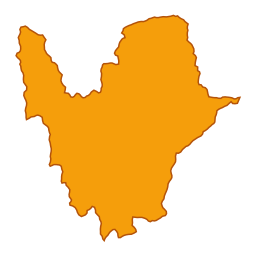 Antônio Dias, Minas Gerais, Brazil
{"feature_id": "56859067B34077113992648", "entity_name": "Antônio Dias", "entity_type": "district", "adm_level": 2, "iso_a3": "BRA", "parent_name": "Brazil", "parent_adm1": "Minas Gerais", "projection": "robinson", "projection_center": [-42.887, -19.578], "detail": "fine", "context": "isolated", "style": "filled", "palette": "amber", "viewbox_px": 256, "rotation_deg": 0, "n_neighbors": 0, "source": "geoboundaries", "source_scale": "gbopen_adm2", "svg_char_len": 4610}
<svg xmlns="http://www.w3.org/2000/svg" viewBox="0 0 256 256"><path d="M239.9,97.4L237.8,97.7L236.0,98.8L234.2,98.9L231.9,97.8L229.0,97.3L226.9,97.1L225.1,96.9L222.7,97.1L220.9,98.3L218.7,98.3L216.5,97.7L214.7,97.7L212.8,97.5L210.5,97.1L208.9,96.8L208.0,94.3L207.5,91.7L207.0,89.5L205.3,87.7L202.7,87.0L201.1,84.8L199.0,84.6L198.2,82.3L198.4,79.7L198.9,76.5L200.0,73.6L199.5,71.8L197.6,70.6L197.7,67.0L195.0,65.6L195.3,62.5L195.8,59.9L196.4,57.6L195.4,55.6L193.2,53.6L194.0,51.5L193.8,48.8L192.7,46.5L191.8,44.7L190.6,43.4L188.6,41.8L187.0,40.1L187.7,37.6L187.3,35.3L187.3,32.7L187.9,30.2L187.3,28.4L187.4,26.4L188.1,24.0L186.3,22.6L184.9,21.5L183.6,19.8L181.0,18.6L178.9,17.2L177.6,15.9L175.6,16.4L173.4,15.4L170.9,16.2L168.3,16.6L166.5,16.9L163.2,16.7L160.6,17.1L158.4,17.6L156.4,17.6L154.5,17.1L152.7,17.7L151.1,18.3L149.1,18.7L147.1,20.2L145.4,21.0L143.5,21.6L141.1,21.5L138.1,22.0L135.8,22.9L133.4,23.7L131.4,24.7L129.3,25.4L127.3,26.3L125.3,27.3L123.4,28.7L123.1,30.6L121.7,33.0L124.2,34.8L125.0,37.7L123.3,38.2L121.9,39.2L120.9,40.7L119.8,42.2L119.1,44.3L118.6,47.0L117.0,48.8L115.5,50.7L114.5,53.2L115.5,55.1L117.8,56.0L118.3,58.4L118.8,61.0L118.6,64.1L115.8,64.6L113.7,63.7L112.0,63.0L110.3,63.0L107.9,63.5L105.5,63.7L103.8,63.7L102.6,64.9L102.1,67.2L101.2,69.0L100.9,71.1L101.6,73.3L101.5,76.3L100.9,79.6L101.7,82.1L102.2,84.1L102.2,86.3L101.2,88.3L101.1,90.5L100.4,92.3L98.6,92.9L96.6,91.5L93.9,90.2L91.3,92.1L89.9,94.2L88.3,95.5L86.5,96.1L85.3,97.4L83.1,97.8L81.4,96.7L80.3,95.1L78.9,93.8L76.9,93.3L75.5,94.6L74.2,96.4L72.7,97.3L70.8,96.9L69.7,94.8L68.3,93.3L66.5,93.1L64.5,92.7L65.2,89.8L65.5,87.2L63.3,85.3L61.7,82.9L60.9,80.5L61.3,77.9L62.2,74.9L60.5,73.2L59.3,72.0L58.2,70.2L57.6,67.7L57.3,65.6L56.1,64.2L54.5,62.8L52.2,62.3L51.2,60.6L50.9,57.6L49.3,56.0L47.7,54.7L46.5,53.4L45.6,51.5L44.5,49.6L44.4,47.2L44.2,44.6L44.7,42.2L45.9,39.8L44.3,37.6L42.6,35.0L40.5,35.2L38.2,34.8L35.8,33.2L33.5,31.8L31.5,30.6L29.4,29.4L27.5,27.4L25.3,26.1L23.4,26.7L21.0,27.1L19.9,29.4L20.6,32.0L20.0,34.0L19.0,36.0L18.3,37.6L19.2,40.4L19.3,43.2L20.6,46.2L20.7,49.0L20.3,50.9L19.2,52.3L17.1,53.2L16.1,55.7L17.5,57.6L19.1,59.0L20.4,60.4L20.7,62.4L19.8,64.1L20.8,66.2L21.0,68.3L21.5,70.6L23.0,72.9L23.7,75.5L23.5,77.5L23.4,79.4L23.7,82.3L25.3,84.6L26.8,86.7L26.6,90.0L24.2,92.3L23.8,95.5L24.8,98.1L25.9,100.3L26.7,103.0L26.5,105.5L25.7,108.2L25.3,110.8L25.9,113.0L26.1,114.9L26.1,117.5L26.5,119.6L28.9,118.4L31.2,116.9L34.3,116.5L36.1,115.5L37.7,115.1L39.8,115.7L42.2,117.3L42.6,120.6L43.4,123.3L45.5,124.9L47.6,126.5L48.6,128.1L48.9,130.3L49.5,132.7L50.3,134.5L49.6,136.5L49.2,139.8L50.2,142.9L50.6,145.6L51.3,148.8L51.2,151.3L50.7,153.8L50.3,156.5L50.8,158.9L50.4,162.0L49.3,164.6L50.2,166.2L52.0,165.5L53.8,164.6L56.4,164.6L59.6,165.0L61.3,166.3L61.8,169.1L62.8,171.8L61.9,174.5L61.6,176.6L61.6,179.1L61.3,181.2L62.0,183.1L63.6,182.7L65.7,182.7L66.2,185.3L68.1,187.2L69.8,189.7L69.6,192.1L69.1,194.4L69.3,196.7L70.5,198.4L71.5,199.9L70.9,201.7L69.6,203.1L70.0,205.2L72.6,205.9L75.1,207.5L76.7,210.0L77.4,212.3L78.8,214.8L81.4,216.5L83.5,215.7L85.5,214.8L87.0,213.0L87.1,210.5L89.2,209.6L90.8,208.3L92.2,206.4L94.5,207.3L95.5,210.0L95.6,212.7L97.3,214.6L99.3,216.7L99.7,219.3L101.0,221.8L101.3,223.7L100.7,226.3L100.4,229.0L100.5,231.4L100.5,234.0L102.2,236.3L102.8,238.9L104.2,240.6L104.9,238.7L106.2,236.8L107.8,235.3L108.8,233.6L110.0,232.0L111.4,230.8L112.9,229.6L114.9,229.4L116.6,231.3L117.8,233.4L118.0,235.8L118.5,237.6L120.4,237.6L122.3,236.3L124.1,235.4L126.1,234.8L128.5,234.4L131.5,234.2L134.2,233.0L136.3,231.7L135.7,229.4L134.2,227.3L132.1,225.4L132.5,222.9L132.3,219.5L132.8,217.0L134.8,217.2L137.1,217.5L139.5,217.4L142.0,217.4L145.1,218.4L147.1,219.5L148.4,221.0L150.3,221.7L152.2,220.6L154.5,220.9L156.3,220.4L158.4,219.1L160.5,217.9L162.4,216.3L165.4,215.5L166.5,213.7L166.3,211.4L164.4,209.2L162.8,207.6L162.0,205.6L161.4,203.5L162.4,201.0L163.9,198.9L164.4,195.9L165.4,193.3L166.3,191.3L167.1,189.2L167.7,187.0L168.1,183.8L169.4,181.3L170.8,179.5L171.8,177.7L171.9,175.7L171.2,173.3L170.7,170.8L171.5,168.1L173.0,165.8L174.3,163.9L175.5,161.8L175.7,159.5L175.5,156.1L176.3,153.1L178.5,153.2L180.7,152.0L182.5,149.5L184.4,147.8L186.0,146.4L187.9,145.8L189.8,144.3L191.3,142.4L192.9,140.7L195.3,139.1L197.7,137.5L201.0,135.9L202.5,134.2L203.2,131.7L205.4,130.5L207.4,129.0L208.9,127.4L210.7,126.0L212.2,124.5L213.8,123.5L214.8,122.0L215.0,119.5L215.2,117.0L216.2,114.7L216.7,112.7L216.9,110.7L218.7,109.3L220.4,108.4L222.4,107.6L224.9,106.2L227.0,105.4L229.0,103.5L231.1,101.7L232.7,103.5L235.0,103.7L237.4,103.3L238.5,100.7L239.9,97.4Z" fill="#f59e0b" stroke="#b45309" stroke-width="1.5"/></svg>